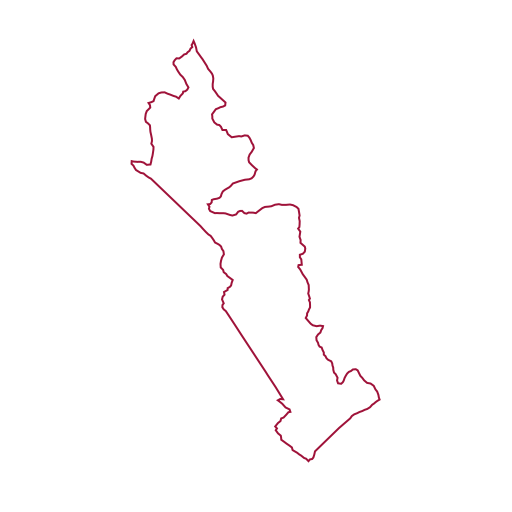 Presidente Bernardes, São Paulo, Brazil (Natural Earth projection), rotated 129°
{"feature_id": "56859067B75920371032685", "entity_name": "Presidente Bernardes", "entity_type": "district", "adm_level": 2, "iso_a3": "BRA", "parent_name": "Brazil", "parent_adm1": "São Paulo", "projection": "natural_earth1", "projection_center": [-51.643, -22.106], "detail": "fine", "context": "isolated", "style": "outline", "palette": "rose", "viewbox_px": 512, "rotation_deg": 129, "n_neighbors": 0, "source": "geoboundaries", "source_scale": "gbopen_adm2", "svg_char_len": 4786}
<svg xmlns="http://www.w3.org/2000/svg" viewBox="0 0 512 512"><g transform="rotate(129 256 256)"><path d="M382.0,89.5L382.4,86.1L380.2,86.1L378.4,84.6L376.5,84.6L373.7,85.7L370.7,87.2L337.3,83.2L322.9,80.6L320.1,80.8L317.2,80.0L314.6,78.5L312.1,77.4L309.7,75.9L307.1,74.7L304.9,73.3L301.7,72.2L298.5,72.1L296.3,71.4L294.4,71.1L292.2,70.5L289.8,69.6L288.7,71.4L286.9,73.5L285.1,76.5L284.5,79.2L282.8,82.8L283.0,86.7L284.7,89.8L284.6,93.7L283.8,96.8L283.5,99.4L282.3,102.0L280.9,105.0L281.2,107.2L283.2,109.3L285.6,109.8L287.6,110.9L290.0,111.2L292.4,110.9L295.0,110.4L297.7,109.4L299.5,109.1L301.7,109.4L303.3,112.1L301.7,114.7L299.3,116.0L297.7,119.7L297.5,122.0L295.8,124.3L294.1,125.8L293.0,127.6L291.5,129.2L290.5,131.3L291.3,134.7L291.1,136.9L290.1,139.0L290.0,141.2L288.3,142.6L287.3,144.9L285.8,147.4L286.4,149.5L285.7,151.5L284.4,153.2L283.4,155.9L281.1,158.1L277.9,158.4L275.0,157.8L272.5,158.7L270.2,158.9L268.3,159.8L269.8,162.4L272.4,164.7L274.1,168.3L274.2,170.9L273.7,173.8L272.9,178.3L270.1,178.9L268.4,180.2L266.2,180.5L264.2,181.2L262.0,181.6L260.5,182.8L258.1,184.9L256.9,187.2L255.2,187.3L253.4,190.0L252.3,191.8L250.5,192.7L248.9,193.7L245.4,196.8L244.1,199.3L242.5,201.7L241.6,204.9L240.7,208.3L239.8,210.4L238.6,213.3L238.0,216.3L236.3,217.2L234.0,214.9L230.1,218.7L229.4,221.1L227.4,222.7L224.8,221.0L221.9,220.8L219.2,222.4L218.0,224.0L217.8,229.7L215.5,231.4L213.7,234.3L211.8,235.4L209.2,236.9L208.2,240.5L206.2,240.5L203.9,242.1L201.4,244.0L199.3,246.6L197.1,247.6L194.5,250.5L192.6,252.7L192.4,255.3L193.2,259.2L194.6,262.0L197.5,265.0L200.0,268.1L201.3,270.8L204.2,273.5L207.7,275.4L209.7,277.3L212.2,279.9L214.7,281.2L219.7,282.4L222.8,283.1L224.1,285.5L226.9,289.1L229.0,290.0L230.0,292.0L229.7,295.2L231.0,296.7L232.8,297.7L236.2,297.6L239.4,299.8L240.5,302.1L242.1,306.5L243.2,308.2L245.5,311.0L247.0,313.1L248.6,315.0L249.9,319.9L248.9,322.3L247.0,323.2L246.1,325.9L244.5,324.3L242.3,324.2L240.2,325.6L238.5,324.6L235.9,322.3L233.8,321.0L231.9,320.8L229.5,321.8L226.7,322.4L224.1,321.8L221.4,320.8L219.7,320.1L217.6,319.7L214.2,319.6L208.2,315.9L203.7,312.6L200.7,309.6L198.4,308.3L195.8,308.0L193.7,308.3L190.4,309.7L188.2,309.7L188.3,311.8L188.0,316.3L187.5,320.3L186.3,322.0L184.3,323.7L181.1,324.8L177.7,324.9L173.4,325.6L171.5,328.0L170.7,330.5L169.2,333.2L168.2,335.6L167.7,338.1L169.4,340.7L172.3,342.6L173.5,344.6L176.0,346.9L179.0,349.6L179.0,351.9L179.0,354.6L177.8,356.7L176.9,358.5L179.2,361.4L177.6,364.6L177.3,366.9L178.4,368.9L178.4,372.5L176.7,376.4L174.9,377.9L173.6,379.3L167.2,379.6L164.7,378.2L162.7,377.3L160.7,375.7L158.4,374.7L155.9,376.3L155.5,383.8L155.4,386.3L154.7,388.5L153.8,391.6L153.2,394.4L151.8,396.1L149.6,397.9L147.2,399.3L144.8,401.0L142.9,403.2L142.0,405.0L141.4,407.3L140.7,411.0L139.2,414.0L136.7,421.4L136.1,423.8L135.4,426.3L134.2,430.8L131.6,433.9L129.4,437.5L128.2,439.8L130.9,439.0L132.6,438.8L133.7,437.0L136.0,437.4L138.4,436.8L140.7,437.4L142.6,437.3L144.6,438.7L147.5,439.1L150.8,440.0L152.4,442.2L155.0,442.4L157.3,442.1L159.0,440.6L159.5,437.4L160.7,435.0L161.6,432.6L162.7,429.0L163.0,425.5L164.0,422.1L166.1,418.4L167.5,414.6L170.0,414.1L172.4,414.6L174.1,416.0L175.7,415.2L179.2,415.5L182.2,415.1L182.5,418.4L183.5,420.8L184.6,424.4L185.5,426.8L186.3,430.0L188.5,432.5L190.9,434.1L195.2,434.9L197.8,434.0L200.1,433.1L202.2,434.1L204.7,435.8L205.5,433.3L207.2,431.6L209.5,431.8L212.1,432.1L215.0,431.1L217.6,429.5L219.3,428.4L221.0,426.0L220.9,423.4L221.2,420.7L222.6,419.3L224.4,417.7L226.0,416.1L227.9,413.7L230.4,410.7L232.1,409.2L234.6,408.0L235.7,404.3L238.0,402.6L241.2,400.7L243.5,399.4L246.1,398.3L248.7,396.8L251.3,395.6L253.9,398.3L254.1,402.1L255.3,404.8L257.6,407.6L259.6,410.5L260.5,412.3L262.7,410.7L262.9,408.1L263.8,406.1L264.7,403.4L264.3,400.3L264.0,398.0L262.6,395.3L262.7,392.0L262.5,388.8L262.0,386.3L267.7,318.0L268.3,314.4L268.9,310.0L269.2,306.6L268.9,303.9L269.6,301.2L270.4,298.6L271.3,296.3L270.7,293.5L270.4,291.4L270.6,289.1L272.0,286.9L272.7,284.4L274.9,282.0L278.6,281.5L281.7,280.2L284.5,278.6L287.1,276.2L287.5,272.8L288.9,270.9L288.8,267.8L289.6,265.7L289.3,259.0L292.0,258.1L294.6,256.8L296.6,256.9L298.8,257.8L300.3,256.7L304.1,258.2L305.9,256.1L308.5,256.3L311.1,255.1L313.1,251.3L315.2,251.2L317.0,249.9L317.8,247.5L317.8,244.8L319.4,239.7L322.6,229.7L326.8,216.8L336.3,187.0L340.1,175.1L341.2,171.9L345.6,158.1L350.3,144.8L351.9,147.2L354.4,148.2L354.3,145.8L354.3,142.6L355.1,137.7L354.1,133.4L355.5,131.2L357.0,132.5L360.4,132.6L364.2,132.9L366.4,134.2L368.9,133.1L371.9,133.8L373.9,133.8L376.4,133.8L376.8,131.2L379.0,131.0L380.0,127.2L380.0,123.7L381.3,122.2L382.9,120.7L382.7,117.3L382.6,114.3L382.3,110.7L382.2,107.6L383.8,105.4L383.4,102.8L383.0,100.1L383.0,97.6L382.7,95.4L382.7,91.5L382.0,89.5Z" fill="none" stroke="#9f1239" stroke-width="2"/></g></svg>